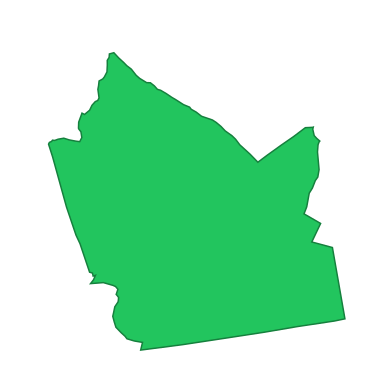 the district of Kankossa, Assaba, Mauritania, rotated 171°
{"feature_id": "47542326B30732925248213", "entity_name": "Kankossa", "entity_type": "district", "adm_level": 2, "iso_a3": "MRT", "parent_name": "Mauritania", "parent_adm1": "Assaba", "projection": "albers", "projection_center": [-11.033, 15.705], "detail": "fine", "context": "isolated", "style": "filled", "palette": "green", "viewbox_px": 384, "rotation_deg": 171, "n_neighbors": 0, "source": "geoboundaries", "source_scale": "gbopen_adm2", "svg_char_len": 1634}
<svg xmlns="http://www.w3.org/2000/svg" viewBox="0 0 384 384"><g transform="rotate(171 192 192)"><path d="M267.4,43.9L225.3,42.7L180.0,42.4L142.4,42.2L109.0,42.6L71.5,42.3L60.8,42.8L62.0,115.2L81.5,123.9L69.9,140.8L84.8,152.9L83.5,155.1L81.0,159.4L76.4,172.5L72.5,177.0L68.4,184.0L65.4,187.1L63.0,194.2L61.8,211.9L60.1,219.0L58.7,221.5L57.8,222.3L60.4,225.4L62.5,228.6L62.9,235.1L62.1,237.1L62.7,237.0L70.0,237.8L83.1,230.8L96.6,224.3L111.9,216.6L122.3,211.1L128.6,220.1L137.4,231.1L140.7,237.3L143.7,241.3L149.6,247.1L153.1,252.2L157.2,256.9L160.5,259.9L170.7,265.3L175.4,270.3L179.8,273.8L181.1,276.2L186.7,279.6L193.1,285.3L197.2,288.7L201.8,293.0L207.1,297.4L210.1,298.8L212.5,302.6L216.0,306.4L219.7,307.1L225.9,312.4L228.9,316.0L232.7,322.8L236.7,327.0L239.0,330.3L243.5,336.0L247.4,341.8L252.0,341.3L252.8,337.9L255.1,335.3L255.8,330.6L257.2,323.9L260.6,319.3L262.5,317.6L266.4,316.2L267.7,311.5L268.9,308.1L269.1,299.5L270.8,297.1L273.4,296.4L277.2,293.3L280.3,288.8L286.0,285.4L288.3,287.1L293.0,278.7L294.1,273.0L294.1,272.2L292.3,268.8L292.3,263.0L295.0,259.3L298.8,260.4L305.2,262.7L310.2,265.2L316.0,265.1L319.5,264.4L321.7,265.0L322.8,263.9L325.1,263.3L326.2,261.7L324.2,248.6L318.3,196.7L313.3,167.5L310.7,158.5L305.7,128.8L303.0,127.5L302.8,124.4L300.4,124.8L303.0,120.7L306.5,117.4L294.2,116.4L293.8,116.4L284.6,112.1L282.3,110.6L280.4,107.5L282.9,102.7L282.0,101.3L281.0,99.3L281.8,96.2L282.0,95.7L282.3,94.9L286.2,90.7L288.2,85.4L289.7,81.6L289.3,77.7L289.1,75.7L288.3,70.3L283.9,64.0L280.7,60.0L279.2,57.2L273.2,54.3L271.8,53.7L264.4,51.2L267.4,43.9Z" fill="#22c55e" stroke="#15803d" stroke-width="1.5"/></g></svg>